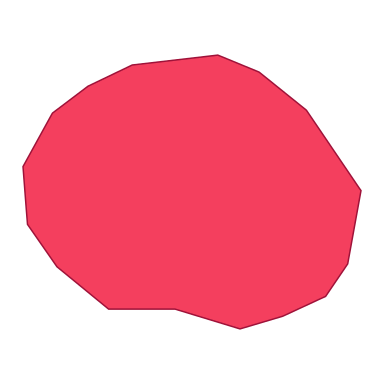 Yevlakh City, Yevlakh, Azerbaijan
{"feature_id": "54616110B78344971255813", "entity_name": "Yevlakh City", "entity_type": "district", "adm_level": 2, "iso_a3": "AZE", "parent_name": "Azerbaijan", "parent_adm1": "Yevlakh", "projection": "natural_earth1", "projection_center": [47.167, 40.614], "detail": "fine", "context": "isolated", "style": "filled", "palette": "rose", "viewbox_px": 384, "rotation_deg": 0, "n_neighbors": 0, "source": "geoboundaries", "source_scale": "gbopen_adm2", "svg_char_len": 385}
<svg xmlns="http://www.w3.org/2000/svg" viewBox="0 0 384 384"><path d="M318.6,299.6L325.6,296.4L347.7,263.9L361.0,190.6L359.5,188.5L306.4,110.2L259.1,72.1L217.8,55.1L132.2,65.0L88.0,86.2L52.6,113.0L52.0,113.9L23.0,166.6L26.3,209.5L27.5,224.4L57.0,266.8L108.6,309.1L136.3,309.1L175.0,309.1L240.0,328.9L282.8,316.2L318.6,299.6Z" fill="#f43f5e" stroke="#9f1239" stroke-width="1.5"/></svg>